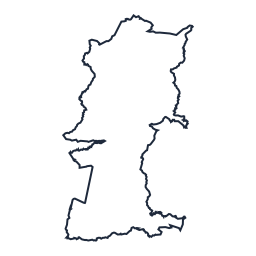 Tafí Viejo, Tucumán, Argentina (Natural Earth projection), rotated 90°
{"feature_id": "61730980B77291084066522", "entity_name": "Tafí Viejo", "entity_type": "district", "adm_level": 2, "iso_a3": "ARG", "parent_name": "Argentina", "parent_adm1": "Tucumán", "projection": "natural_earth1", "projection_center": [-65.4, -26.653], "detail": "fine", "context": "isolated", "style": "outline", "palette": "slate", "viewbox_px": 256, "rotation_deg": 90, "n_neighbors": 0, "source": "geoboundaries", "source_scale": "gbopen_adm2", "svg_char_len": 5854}
<svg xmlns="http://www.w3.org/2000/svg" viewBox="0 0 256 256"><g transform="rotate(90 128 128)"><path d="M227.5,84.6L225.2,85.8L228.1,77.0L230.3,75.7L224.4,73.2L219.4,73.0L217.8,70.7L216.6,71.4L216.6,72.0L218.2,73.5L218.8,78.1L217.3,80.5L216.4,80.0L215.9,80.4L216.5,82.5L216.3,83.5L214.3,85.6L214.0,87.1L216.1,89.7L216.4,90.4L216.0,90.6L216.2,92.3L216.6,92.4L215.9,92.8L215.8,93.7L213.9,94.6L213.7,95.6L212.6,94.8L211.9,95.9L212.0,97.0L212.7,96.7L213.0,97.7L212.7,98.1L212.9,99.4L212.4,99.5L212.9,100.0L212.6,100.1L212.2,100.5L213.9,101.1L213.5,101.9L214.2,101.9L214.5,102.8L214.1,102.9L215.0,103.6L214.5,104.0L215.4,104.3L214.7,105.4L213.5,105.8L212.5,104.1L212.6,104.5L210.6,103.8L209.2,106.0L208.0,106.3L207.9,107.2L206.1,107.9L205.2,108.9L202.8,108.9L201.8,109.6L199.1,108.2L197.2,108.2L196.5,106.9L194.9,105.9L191.5,106.9L188.8,109.3L187.0,110.4L185.1,110.3L183.3,109.3L182.1,109.7L180.4,109.1L178.9,110.0L176.9,109.4L175.7,110.2L174.8,109.9L173.8,110.9L173.1,112.4L171.8,113.7L170.6,114.0L169.4,115.6L163.1,113.8L162.2,114.3L159.1,112.8L158.4,113.0L157.8,113.7L157.8,114.7L157.3,114.8L155.6,113.6L154.4,113.6L150.7,110.0L150.2,108.9L145.2,108.0L144.8,106.1L144.1,105.3L139.8,102.0L138.5,101.4L135.7,101.7L131.1,99.6L130.3,98.3L129.7,100.6L128.3,103.0L126.5,104.1L126.0,106.0L125.0,106.3L123.8,104.2L124.5,102.6L124.1,99.4L122.8,95.8L120.7,93.1L119.0,92.7L117.0,90.9L116.9,90.2L119.2,86.7L120.6,86.2L121.0,85.1L122.0,85.0L121.3,83.9L119.8,83.3L119.8,81.8L121.2,81.3L121.2,77.7L125.4,72.6L127.4,71.9L126.6,70.8L127.8,70.3L127.8,69.5L126.1,70.2L125.8,69.6L124.9,69.5L123.7,68.3L123.2,68.9L121.5,68.4L120.8,69.2L120.9,70.0L120.3,70.2L120.8,71.6L119.5,71.0L120.4,72.1L120.0,72.9L119.6,72.0L119.1,72.2L118.6,71.7L116.4,71.8L116.2,72.4L116.6,74.9L115.4,78.0L115.5,80.2L115.1,81.8L114.4,82.2L112.4,80.8L111.1,82.2L110.7,81.4L110.0,81.4L109.7,80.8L108.6,80.9L108.8,80.3L108.3,79.5L105.6,80.2L105.5,79.4L104.7,79.4L103.1,77.8L100.7,78.3L99.6,77.3L98.2,78.2L97.0,78.0L97.0,77.4L96.3,76.7L95.1,77.6L93.6,76.4L91.6,76.6L89.3,77.8L87.8,79.3L86.0,79.7L85.6,80.9L83.6,81.4L82.7,82.6L81.5,81.3L79.9,80.7L77.5,81.0L75.4,82.1L73.8,82.0L72.2,84.7L71.1,85.3L69.4,85.0L69.4,83.3L68.4,82.0L67.6,79.4L66.7,79.1L65.5,77.0L63.7,76.8L62.6,75.2L62.7,73.7L60.6,71.9L58.2,71.3L55.8,72.3L54.1,71.7L53.3,72.5L51.5,72.2L51.2,71.7L51.6,71.5L51.1,71.2L49.8,72.4L49.3,72.0L48.1,72.3L47.8,73.0L44.8,71.3L43.8,71.3L42.8,70.4L41.9,70.4L39.5,68.8L36.5,70.2L34.7,70.5L33.7,69.8L30.7,65.3L29.9,64.7L28.0,64.8L26.7,63.3L25.9,64.0L25.5,66.3L27.0,68.4L27.8,68.7L29.2,72.8L35.0,79.7L33.5,86.1L32.6,96.1L32.7,100.2L31.4,102.8L31.8,106.1L31.3,108.3L28.8,104.4L27.3,104.7L25.3,103.2L22.6,105.4L20.7,110.0L21.0,111.0L18.5,114.9L18.7,115.8L17.9,115.5L17.4,116.7L16.2,117.4L17.2,120.0L15.4,122.4L19.2,125.0L19.6,125.7L19.6,127.0L18.9,128.1L19.2,128.7L18.8,129.2L19.1,130.3L20.8,130.2L21.3,131.6L21.6,134.6L35.2,141.5L36.3,143.8L38.9,144.7L41.1,147.5L41.1,149.5L44.7,156.4L44.4,156.9L43.3,156.6L41.0,159.0L39.7,164.2L40.7,166.6L44.4,166.2L45.7,165.3L47.6,166.3L48.7,165.8L51.8,166.7L53.4,168.4L52.8,169.0L53.5,170.9L54.8,171.1L56.2,172.2L58.5,172.0L60.5,173.5L61.6,173.0L62.2,171.7L64.6,171.7L64.6,170.9L64.1,170.7L65.0,169.8L64.1,168.7L64.7,167.9L65.8,167.7L67.0,165.4L68.9,165.2L70.7,164.3L74.0,161.4L76.8,161.2L78.8,163.1L80.0,163.2L82.1,164.7L84.6,165.6L85.0,166.8L86.0,167.6L88.7,168.0L89.2,169.4L90.8,170.3L90.9,171.0L91.6,171.1L91.5,172.0L92.1,173.4L92.7,173.1L93.2,174.0L94.8,174.4L96.6,175.9L96.7,174.9L97.2,174.8L98.1,176.5L99.1,176.7L100.6,175.3L101.2,174.0L103.0,173.9L103.8,174.7L104.8,174.2L105.5,172.7L106.7,172.3L107.8,170.6L109.7,169.7L110.4,171.9L112.1,171.9L113.0,173.1L114.4,172.5L115.2,173.3L116.4,172.8L118.0,174.0L119.3,173.5L122.7,175.6L123.5,177.5L124.7,178.8L126.0,179.1L127.3,180.3L129.2,181.0L130.3,183.1L131.6,183.9L132.0,185.8L133.2,187.0L132.8,188.7L133.3,190.6L135.2,192.7L139.1,189.9L139.7,185.8L140.6,184.1L139.7,179.8L141.8,178.2L140.8,175.4L141.4,168.5L141.9,167.6L140.3,162.8L140.9,161.7L140.9,159.2L141.2,158.6L140.8,156.8L141.3,155.4L140.8,155.0L140.4,152.1L141.0,151.1L143.3,155.0L143.0,156.9L142.3,157.8L143.1,158.8L143.0,160.2L142.6,160.3L143.0,161.8L144.4,163.0L144.4,163.6L146.1,164.3L146.3,165.2L147.0,165.0L146.8,166.4L148.0,166.6L147.7,167.8L149.0,168.1L149.0,169.0L149.5,168.7L149.6,169.1L149.1,169.8L149.5,170.3L149.1,170.8L149.3,172.2L148.8,172.6L149.9,173.6L149.5,174.9L150.7,176.9L150.4,177.8L149.5,177.9L149.9,178.2L149.5,179.3L150.6,180.3L150.5,181.3L151.0,182.8L152.8,184.1L152.8,185.0L152.2,185.4L153.1,185.7L152.7,186.3L153.0,186.6L159.1,182.6L159.5,181.4L160.1,182.3L161.0,181.5L161.5,179.7L165.0,176.4L167.8,176.4L166.6,169.5L166.2,169.0L165.7,165.0L167.0,163.4L202.7,170.9L203.0,171.1L202.7,172.4L198.6,181.1L198.9,182.4L199.9,183.4L206.6,184.9L206.2,185.3L209.0,186.2L209.2,185.3L209.8,186.1L215.5,187.5L217.9,186.6L219.4,188.5L224.7,189.0L228.6,190.4L229.6,190.1L230.4,189.0L232.1,189.3L234.5,187.6L235.7,187.9L237.5,189.5L237.5,188.2L238.3,188.4L238.3,187.3L239.2,185.3L238.4,181.7L237.9,181.7L238.3,180.0L239.2,179.4L238.5,177.9L237.4,177.5L237.2,177.0L239.4,174.0L240.1,170.8L239.9,170.0L240.5,167.7L239.7,163.7L240.5,162.2L240.2,161.2L240.6,160.1L239.9,159.3L238.4,159.2L237.8,157.7L237.8,156.0L238.7,154.8L237.8,153.2L237.8,151.8L237.3,150.7L237.9,148.4L236.5,147.7L235.8,146.1L233.2,143.8L232.6,142.1L232.8,141.1L234.5,138.3L234.4,136.5L233.7,135.3L234.5,134.8L233.7,131.2L234.0,129.5L231.0,126.3L230.6,125.1L227.9,124.4L227.2,122.8L228.4,121.0L228.0,119.2L228.2,118.0L228.6,118.8L229.0,118.9L230.0,116.7L229.1,112.8L229.6,112.1L230.5,112.3L231.4,110.9L232.6,110.4L232.3,109.6L232.7,108.8L233.9,107.9L235.6,107.9L236.4,107.0L235.7,106.9L236.8,104.6L235.3,103.2L235.6,102.0L234.6,100.6L234.9,100.2L234.5,95.5L232.0,94.4L229.4,97.6L227.4,96.5L227.1,90.5L228.1,86.8L227.5,84.6Z" fill="none" stroke="#1e293b" stroke-width="2"/></g></svg>